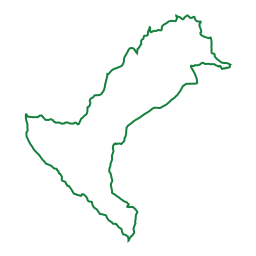 outline of California, Santander, Colombia
{"feature_id": "7082276B83568043326279", "entity_name": "California", "entity_type": "district", "adm_level": 2, "iso_a3": "COL", "parent_name": "Colombia", "parent_adm1": "Santander", "projection": "natural_earth1", "projection_center": [-72.928, 7.347], "detail": "fine", "context": "isolated", "style": "outline", "palette": "green", "viewbox_px": 256, "rotation_deg": 0, "n_neighbors": 0, "source": "geoboundaries", "source_scale": "gbopen_adm2", "svg_char_len": 5756}
<svg xmlns="http://www.w3.org/2000/svg" viewBox="0 0 256 256"><path d="M230.2,64.6L228.5,63.7L226.9,63.1L222.9,62.9L221.6,62.5L220.6,61.9L218.2,59.9L216.8,59.0L216.1,58.0L215.4,57.5L214.8,56.4L214.6,54.5L214.2,53.8L212.3,53.4L211.9,53.1L211.5,52.3L211.4,51.1L211.6,49.0L211.4,46.4L211.6,44.3L211.4,40.5L210.8,37.8L210.2,37.5L208.9,38.1L208.3,38.1L203.8,36.6L202.5,35.7L201.5,35.3L200.6,34.1L200.4,33.7L200.4,32.9L201.1,32.3L201.2,31.0L200.8,29.4L199.7,26.5L199.4,25.2L199.6,23.9L200.5,22.6L200.7,22.0L200.6,21.6L200.3,21.5L198.7,21.6L197.2,21.3L196.4,20.9L195.7,20.2L194.8,18.6L194.6,17.2L194.0,16.8L192.4,17.4L191.8,17.9L190.1,17.9L189.3,16.9L188.4,16.2L187.6,15.4L185.6,16.5L184.2,17.9L183.6,18.9L182.9,19.3L182.3,19.1L179.5,17.0L177.9,16.7L176.2,15.7L176.2,16.1L177.0,17.8L176.7,19.2L175.7,21.0L175.0,21.2L171.2,20.8L168.8,21.4L166.7,23.0L163.8,24.7L162.3,26.0L161.7,27.7L161.8,28.2L161.8,29.5L161.1,30.3L159.7,30.3L158.7,30.0L158.0,30.0L157.3,30.4L156.7,30.9L154.3,30.9L153.5,31.1L151.1,32.2L150.4,31.8L150.2,31.0L150.1,27.4L149.8,27.2L148.8,30.0L148.2,30.9L147.9,32.6L148.0,33.2L147.9,34.1L147.6,35.2L147.2,35.5L144.3,35.8L144.0,36.1L143.3,38.8L141.9,39.7L141.3,40.5L141.1,41.5L141.1,42.3L141.3,44.1L140.3,45.3L139.1,47.5L138.2,48.5L137.7,48.7L137.5,49.3L137.1,53.1L135.6,51.5L134.7,49.8L133.4,48.5L132.5,48.1L130.9,48.0L129.8,48.4L129.3,48.9L128.3,50.3L126.7,53.5L124.4,57.4L124.1,58.3L123.9,60.7L123.5,62.7L122.8,64.4L121.6,65.9L119.8,66.8L118.8,67.1L116.5,68.2L114.9,68.6L112.6,69.7L111.4,70.7L108.8,73.7L108.2,74.2L107.3,74.0L107.3,75.5L106.6,78.7L105.2,84.2L104.8,87.1L104.3,88.6L104.2,89.5L103.8,90.1L103.7,90.7L101.5,93.7L100.7,94.4L99.4,95.1L94.9,95.3L94.4,95.6L93.0,97.4L91.2,98.3L90.6,98.9L90.0,99.8L89.7,101.0L90.3,102.5L90.2,104.0L89.2,106.4L88.8,106.7L87.8,107.0L87.5,107.4L87.4,111.2L86.8,113.6L86.2,114.5L84.2,115.9L82.3,118.0L81.1,118.8L79.2,123.2L78.7,124.0L77.8,124.3L75.9,122.7L74.4,122.8L73.9,123.4L72.3,123.7L69.6,123.4L68.0,122.6L67.2,122.4L65.4,122.6L64.0,123.6L61.4,123.6L59.3,122.6L58.3,122.5L57.1,122.7L55.6,122.6L55.6,122.3L54.3,121.8L53.5,121.2L52.9,120.2L51.3,119.3L49.9,119.4L48.3,120.0L45.4,119.8L45.0,119.4L44.7,118.9L42.5,116.6L41.9,115.6L40.6,115.5L39.5,115.7L39.1,115.9L38.5,116.8L37.7,117.1L33.4,117.2L31.1,117.0L29.7,116.8L28.1,116.8L27.4,116.1L26.6,114.6L26.1,114.3L25.8,114.8L25.9,118.2L26.2,120.0L27.4,124.3L27.4,127.8L27.6,129.5L27.6,130.7L26.5,132.4L26.3,133.7L26.8,137.2L27.5,138.3L28.1,139.8L30.2,143.9L32.4,147.0L33.2,148.5L34.0,149.7L36.8,152.7L38.9,154.7L40.1,156.4L40.9,157.4L41.6,158.6L42.7,159.9L44.2,161.3L45.2,162.8L45.9,163.5L46.9,164.1L48.5,164.6L50.8,165.6L52.3,166.7L53.3,167.8L54.2,168.4L54.8,168.6L56.3,168.7L56.7,169.0L57.1,170.2L58.5,171.2L58.8,173.1L59.5,173.7L60.0,173.7L60.4,174.1L60.9,175.2L61.9,176.7L61.9,178.4L61.7,179.8L62.0,180.3L62.5,180.8L65.4,181.9L65.6,182.2L65.9,183.7L66.3,184.1L67.0,184.5L67.2,185.6L68.1,186.0L68.9,186.0L69.1,186.3L71.7,189.9L72.4,191.3L73.0,192.1L73.1,192.6L74.0,193.6L74.6,194.0L75.7,194.1L76.8,194.8L78.8,195.2L79.2,195.5L80.9,195.9L81.1,195.9L81.5,195.4L81.6,194.8L81.9,194.3L82.8,194.2L83.6,194.4L85.3,195.8L86.2,196.8L87.3,198.5L87.6,200.1L88.3,201.0L89.2,201.5L91.2,201.7L92.0,202.2L92.3,204.2L93.2,206.3L93.7,207.1L94.8,208.2L96.0,208.8L96.9,209.6L97.6,210.6L98.0,211.3L99.3,212.9L99.7,213.8L100.0,214.0L102.1,214.2L103.8,214.8L105.7,215.2L106.4,216.1L106.9,217.6L108.0,219.4L109.4,220.9L111.8,222.1L112.7,223.6L113.8,223.8L115.3,223.8L115.8,223.9L116.1,224.4L116.7,224.4L118.4,227.0L121.6,229.1L121.8,230.7L122.0,231.8L122.6,232.8L122.8,233.9L123.1,234.3L124.1,234.5L125.7,235.0L127.2,236.2L127.7,236.4L128.0,236.8L128.5,239.3L128.5,240.6L128.9,240.2L128.9,239.9L129.7,238.3L130.9,236.6L132.7,235.1L133.1,234.0L133.7,233.5L134.2,232.8L134.0,230.7L133.5,229.3L133.6,228.6L133.8,228.1L134.0,226.8L134.3,226.2L134.9,224.4L135.5,223.6L135.2,222.3L135.2,221.1L135.6,219.1L135.9,215.6L136.0,214.6L136.5,214.0L137.3,212.1L137.1,211.6L135.8,209.7L134.2,208.0L133.1,207.3L132.6,207.0L127.9,207.1L127.2,206.8L127.2,206.5L127.3,206.3L128.4,205.3L128.7,204.7L128.7,204.2L128.1,203.9L127.0,202.6L126.6,202.3L123.7,201.1L123.0,200.5L120.1,198.5L118.6,197.2L116.2,195.7L115.1,194.7L112.4,193.2L112.0,192.7L112.1,190.5L111.6,189.1L111.2,186.5L110.9,185.8L110.9,184.7L111.2,182.9L112.1,181.7L112.3,180.2L111.6,178.2L111.1,175.4L110.8,174.6L110.5,173.2L109.3,171.8L109.3,170.1L109.5,168.1L109.8,167.8L110.0,167.0L110.3,166.4L110.5,164.8L110.4,164.6L110.6,163.5L112.0,159.9L112.1,158.4L111.9,157.0L111.9,155.9L113.5,151.2L112.9,148.7L112.9,147.0L113.1,146.0L113.8,144.5L114.0,144.2L114.6,144.3L115.5,143.4L116.0,143.9L116.4,144.0L118.8,143.5L120.2,143.6L121.2,144.1L122.7,142.5L123.8,141.6L124.6,139.7L124.5,138.1L125.4,136.7L125.7,136.0L125.8,134.6L126.1,133.9L126.2,133.2L126.2,130.8L126.4,130.1L126.5,128.2L126.7,127.4L127.5,126.3L128.6,125.2L130.9,123.6L133.6,121.3L136.0,119.7L137.9,118.7L138.7,118.1L139.8,117.5L144.2,114.3L149.5,111.1L152.3,108.7L154.3,107.8L156.6,107.7L159.3,108.0L160.6,107.8L162.3,106.7L165.8,104.9L165.7,104.9L166.7,104.3L170.4,101.0L171.0,100.2L174.6,97.7L175.5,96.6L177.3,95.1L180.3,90.8L182.9,86.1L186.1,83.9L187.6,83.8L196.1,83.6L197.2,83.0L196.8,79.2L196.6,78.5L195.3,74.9L194.3,72.8L192.7,69.8L191.4,67.8L190.9,66.5L190.9,66.0L191.2,65.7L193.4,66.1L193.8,66.0L194.5,65.4L195.1,65.2L197.3,65.3L198.2,65.1L200.2,64.4L200.9,63.6L201.7,63.0L202.9,62.8L203.8,63.1L204.4,63.7L205.0,64.0L208.9,63.8L210.2,64.2L213.5,64.1L215.1,64.6L215.7,65.2L216.5,65.5L217.6,66.0L217.9,66.0L218.6,66.5L219.1,66.5L219.5,65.9L219.9,65.9L220.7,66.5L221.1,67.2L221.6,68.5L222.2,69.0L223.7,68.3L225.0,68.5L225.7,68.3L225.9,67.8L226.6,67.7L227.7,67.9L228.1,67.6L229.5,67.3L229.9,66.4L229.9,64.8L230.2,64.6Z" fill="none" stroke="#15803d" stroke-width="2"/></svg>